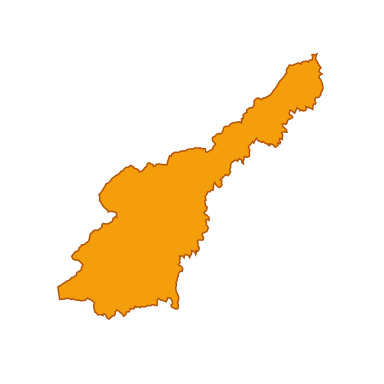 the district of Bocaiúva do Sul, Paraná, Brazil, rotated 349°
{"feature_id": "56859067B26330855043350", "entity_name": "Bocaiúva do Sul", "entity_type": "district", "adm_level": 2, "iso_a3": "BRA", "parent_name": "Brazil", "parent_adm1": "Paraná", "projection": "equal_earth", "projection_center": [-48.883, -25.099], "detail": "fine", "context": "isolated", "style": "filled", "palette": "amber", "viewbox_px": 384, "rotation_deg": 349, "n_neighbors": 0, "source": "geoboundaries", "source_scale": "gbopen_adm2", "svg_char_len": 5805}
<svg xmlns="http://www.w3.org/2000/svg" viewBox="0 0 384 384"><g transform="rotate(349 192 192)"><path d="M340.9,80.3L338.6,81.0L337.4,80.1L336.0,80.1L336.1,82.9L335.1,85.3L332.4,85.0L331.2,86.7L329.7,85.3L327.5,85.5L325.9,85.2L324.3,85.7L323.3,87.3L321.5,85.6L318.9,86.0L314.6,86.9L311.9,85.9L310.5,87.4L309.2,88.9L307.9,90.2L307.8,92.8L306.6,93.6L305.5,95.3L303.2,97.2L301.2,98.7L299.6,99.7L297.8,101.6L295.9,103.6L294.8,105.1L293.0,106.6L291.2,108.0L289.9,109.6L287.3,111.7L285.1,112.5L283.3,112.9L281.9,113.7L279.9,113.3L277.7,114.7L276.3,113.3L274.8,112.2L273.2,112.6L271.5,113.3L270.2,114.8L269.8,117.4L268.5,119.8L267.2,120.9L264.9,120.4L262.8,121.2L261.2,122.0L261.2,124.4L259.0,124.7L256.9,126.0L256.5,129.3L254.6,129.4L254.5,131.6L253.7,133.6L252.6,132.1L249.7,132.0L244.7,131.9L243.0,132.4L241.6,133.6L240.5,134.5L238.8,134.3L237.6,133.8L235.8,134.4L234.6,136.5L233.3,139.0L231.0,140.4L229.6,139.7L227.1,139.9L225.6,141.5L224.3,141.8L222.4,142.5L222.0,145.5L223.1,147.7L224.4,149.5L222.5,150.7L221.0,152.3L220.4,153.9L218.3,154.4L216.3,155.2L214.4,156.0L213.2,155.1L213.3,152.2L212.0,151.7L209.7,151.3L208.2,150.1L206.3,150.2L204.8,149.5L202.7,149.3L201.2,150.1L198.4,149.3L195.7,149.3L193.6,150.4L191.8,150.1L188.3,149.7L187.1,150.5L184.7,150.2L182.7,149.7L179.6,150.9L178.3,152.8L176.9,152.1L175.4,155.0L174.5,156.4L172.5,160.5L170.0,159.9L168.1,159.4L164.5,158.0L162.1,158.1L161.1,159.3L159.1,159.5L159.0,157.6L157.0,156.9L155.7,155.1L154.0,155.4L152.8,156.9L151.8,158.8L149.9,159.3L148.8,160.8L146.7,161.8L144.2,162.2L143.3,159.5L140.0,157.7L138.9,155.8L136.9,154.1L134.3,155.5L131.8,155.3L129.5,156.7L127.8,158.1L126.0,158.2L124.4,159.8L122.9,160.8L120.9,161.1L118.6,162.3L116.4,163.2L113.8,165.5L112.4,166.9L109.2,167.6L107.7,169.8L102.0,175.7L100.2,176.7L100.5,179.3L99.6,182.9L100.9,184.8L101.5,188.1L103.4,191.1L105.2,193.2L105.9,195.6L107.6,195.3L110.0,195.8L112.6,197.1L114.1,198.5L113.2,200.7L113.3,202.5L111.6,201.8L109.3,203.1L108.3,205.6L103.7,207.2L101.9,207.1L98.6,205.9L97.3,207.0L96.7,209.4L94.3,210.6L91.7,211.7L89.9,210.8L87.2,211.5L86.1,212.9L84.4,213.5L83.4,215.7L82.1,218.8L81.2,220.3L79.9,221.1L77.8,221.9L76.4,223.1L73.6,222.8L72.4,224.3L70.7,225.0L69.9,226.9L68.5,228.1L66.2,228.3L63.5,230.5L61.6,232.1L62.4,235.1L64.8,236.8L67.0,236.9L68.8,239.0L71.0,242.5L69.2,245.0L68.2,247.5L66.0,248.3L63.7,249.0L62.4,251.8L60.4,252.4L59.2,253.3L57.7,253.0L54.7,255.2L51.5,255.7L50.1,256.6L42.2,259.6L41.6,272.2L43.0,272.3L46.0,272.6L49.1,272.5L51.8,273.5L52.9,274.5L54.3,273.9L55.6,275.0L58.2,276.1L60.8,276.7L62.4,277.7L64.0,277.6L65.6,278.0L68.0,277.3L69.3,276.1L70.4,277.4L72.4,278.8L74.0,280.5L75.1,282.1L73.8,284.6L73.6,288.9L73.9,291.5L75.2,292.7L76.0,294.6L79.1,294.9L81.0,296.4L82.1,294.7L83.9,296.0L84.5,299.3L86.6,301.0L88.7,299.5L90.2,298.5L92.0,298.6L93.3,297.1L93.9,294.9L95.8,293.5L97.5,295.1L98.9,297.0L100.6,298.9L101.0,300.8L102.3,300.5L103.9,299.2L105.4,297.1L107.4,297.6L109.3,294.7L110.6,295.2L112.4,295.7L114.2,293.3L115.1,294.7L116.5,294.2L117.9,294.9L119.3,295.7L120.7,294.7L122.5,295.5L124.2,295.7L126.6,295.1L128.4,295.3L129.8,295.8L131.3,294.9L133.4,295.9L135.9,296.8L136.9,294.7L136.7,292.9L137.4,291.2L138.7,290.2L140.7,292.1L142.6,292.8L144.0,293.8L145.6,294.9L147.3,292.7L148.0,291.1L149.8,291.7L151.1,293.3L151.9,295.2L151.5,298.0L149.7,299.1L150.1,301.1L152.1,302.4L153.9,303.9L155.9,303.8L156.8,301.8L156.9,299.3L156.8,297.1L158.1,295.9L158.8,293.2L158.7,290.9L157.9,288.5L157.5,285.5L157.8,282.6L159.0,280.5L159.0,277.9L160.2,276.5L161.0,274.2L162.2,272.3L163.0,269.7L165.0,267.7L167.1,268.0L168.2,265.9L167.9,263.7L166.2,262.0L164.9,260.6L166.8,259.0L166.8,256.5L168.0,254.3L167.3,252.6L169.2,252.7L170.6,253.4L171.7,255.0L172.4,252.5L174.1,252.4L176.6,253.7L177.1,255.8L178.1,254.5L179.9,252.3L180.4,249.5L181.9,250.6L183.2,251.3L183.7,254.2L184.5,252.8L185.1,250.0L186.2,251.2L187.7,250.3L188.5,248.1L187.6,246.4L188.1,243.8L188.0,241.3L189.2,240.3L192.8,241.2L194.1,240.8L194.6,238.9L193.8,235.9L195.1,234.3L199.0,233.6L200.2,232.0L201.2,229.9L199.8,226.9L200.3,224.7L200.1,222.2L202.0,221.9L203.2,223.1L203.9,220.4L202.3,217.8L200.4,216.4L199.9,214.4L202.8,212.8L204.0,209.7L202.9,208.8L202.9,206.9L202.6,204.9L202.9,203.1L204.2,202.7L204.2,198.6L206.0,197.2L207.4,194.9L209.8,195.1L211.2,193.9L213.0,194.2L213.7,192.7L214.3,189.3L216.2,187.0L216.8,189.3L217.7,190.8L218.7,192.0L219.9,192.9L221.6,192.0L222.9,190.6L222.5,188.8L223.5,186.8L221.9,185.2L224.2,184.3L225.8,183.0L228.5,181.3L230.1,182.8L231.9,181.9L233.8,179.5L233.0,177.9L234.8,175.0L234.8,173.1L236.4,170.9L237.8,170.0L239.8,169.4L241.6,169.0L242.7,170.6L244.6,168.2L247.0,170.4L246.6,172.6L247.9,174.1L248.1,171.8L248.9,170.0L250.4,167.1L252.8,168.5L255.2,167.9L255.7,165.6L255.8,163.7L256.7,162.4L256.0,158.2L258.4,156.5L260.9,154.1L262.0,155.8L263.7,153.3L265.5,151.6L266.6,154.3L267.9,155.0L270.2,156.7L271.5,156.1L273.4,158.4L275.0,159.1L276.0,160.7L277.2,161.3L277.2,159.4L279.6,160.4L280.9,161.4L282.0,163.9L283.3,163.7L285.2,162.5L285.4,160.1L287.4,161.5L288.4,160.1L287.7,157.8L288.2,156.1L290.5,157.7L291.9,153.0L291.2,150.9L293.2,150.4L296.6,151.5L296.6,149.2L294.8,146.4L293.6,145.0L293.7,142.5L295.6,142.5L296.9,143.7L298.5,142.3L298.9,140.6L300.2,139.5L305.1,138.1L304.4,135.9L302.4,134.7L302.8,132.3L303.7,130.5L305.8,131.6L306.6,133.1L307.8,134.2L309.7,131.6L310.9,129.4L312.6,130.7L313.4,132.9L315.1,132.5L317.0,133.8L319.1,133.6L320.4,131.8L320.2,130.0L321.9,131.1L324.4,132.2L326.2,134.0L327.0,131.3L328.0,128.9L329.5,129.4L330.5,128.2L330.0,125.1L331.3,122.9L334.1,123.4L336.7,121.5L337.4,119.0L338.9,117.9L340.4,115.1L340.6,111.0L340.2,108.2L339.7,105.9L338.3,104.0L339.6,101.7L342.2,101.2L339.7,98.2L340.7,95.6L342.4,94.7L340.8,91.6L340.2,89.8L339.7,87.6L338.6,84.9L339.7,82.5L340.9,80.3Z" fill="#f59e0b" stroke="#b45309" stroke-width="1.5"/></g></svg>